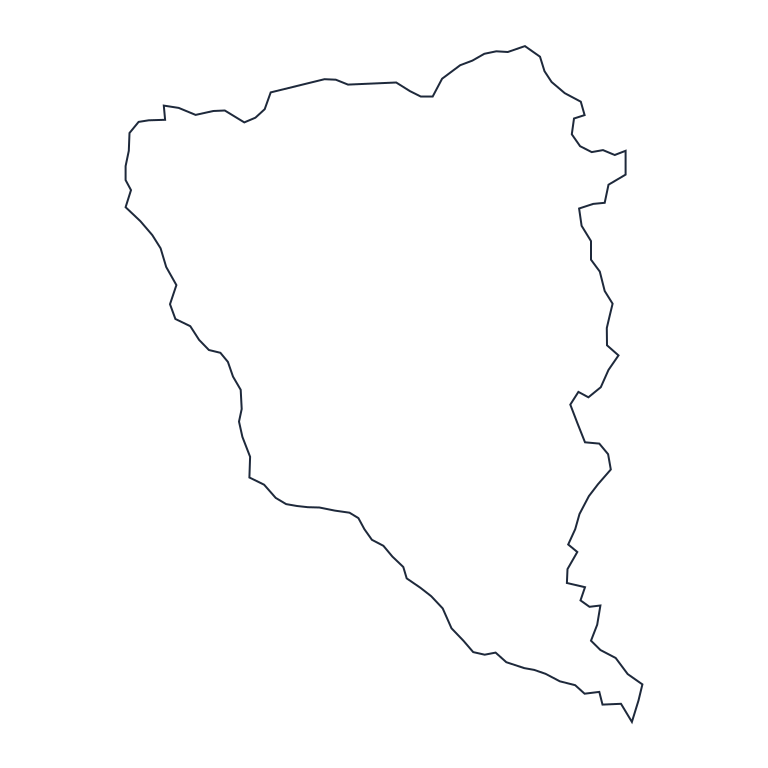 Guabiju, Rio Grande do Sul, Brazil (Natural Earth projection)
{"feature_id": "56859067B87020577713641", "entity_name": "Guabiju", "entity_type": "district", "adm_level": 2, "iso_a3": "BRA", "parent_name": "Brazil", "parent_adm1": "Rio Grande do Sul", "projection": "natural_earth1", "projection_center": [-51.652, -28.591], "detail": "fine", "context": "isolated", "style": "outline", "palette": "slate", "viewbox_px": 768, "rotation_deg": 0, "n_neighbors": 0, "source": "geoboundaries", "source_scale": "gbopen_adm2", "svg_char_len": 1824}
<svg xmlns="http://www.w3.org/2000/svg" viewBox="0 0 768 768"><path d="M625.6,150.8L614.7,155.0L603.0,150.1L591.7,152.1L580.1,146.2L571.8,134.3L574.0,118.5L584.6,115.1L580.8,101.7L564.8,93.2L551.6,82.0L544.5,71.2L540.0,56.7L524.9,46.1L507.8,52.0L496.3,51.3L484.3,53.8L472.4,60.6L460.2,65.2L442.1,78.7L432.7,96.5L420.7,96.5L409.9,91.1L396.2,82.5L348.0,84.6L335.8,79.7L324.5,79.2L270.7,92.4L264.7,109.2L255.4,117.7L244.3,122.4L224.8,110.5L213.3,111.0L195.6,114.9L178.7,107.9L163.8,105.6L165.1,119.8L148.7,120.3L138.6,121.9L129.5,133.0L128.8,150.8L125.6,166.1L125.6,180.1L131.0,190.1L125.6,207.2L140.4,221.2L152.3,235.1L160.6,248.3L166.2,267.0L176.4,285.1L170.0,304.2L175.4,319.0L190.3,326.2L199.1,339.9L208.9,350.0L220.4,352.8L227.9,361.9L233.0,376.6L240.7,389.8L241.7,409.0L239.0,421.6L242.4,436.9L250.1,456.8L249.4,477.5L264.1,484.7L275.7,497.9L286.1,504.1L297.0,506.0L307.9,507.2L319.4,507.5L334.8,510.6L349.5,512.7L358.4,518.1L364.4,529.2L371.9,539.8L383.4,545.8L392.4,556.6L403.3,567.0L406.7,578.4L420.3,587.7L431.2,596.2L442.7,608.4L451.5,628.3L463.4,640.7L473.2,652.1L484.7,654.7L495.6,652.6L506.3,662.2L524.2,668.1L534.2,669.9L545.5,673.8L559.8,681.3L575.2,685.2L584.6,693.7L599.3,691.9L602.5,704.6L621.0,703.8L631.9,721.9L638.5,700.5L642.4,684.4L627.7,674.1L615.7,658.0L600.4,650.0L591.0,640.7L597.2,624.7L600.4,605.5L589.5,606.8L580.5,600.4L585.0,587.2L566.9,583.0L567.5,569.1L577.3,552.0L568.2,544.5L575.2,529.2L579.5,514.0L588.9,496.1L598.0,484.2L610.8,469.5L608.1,454.2L599.3,443.6L585.0,442.3L577.3,422.9L570.3,404.6L578.4,391.9L588.4,397.3L600.8,387.2L608.5,369.9L618.5,355.4L607.0,345.3L606.8,328.0L609.6,316.1L612.6,303.7L604.7,291.0L599.8,271.6L591.0,259.7L591.0,241.1L581.6,225.8L579.1,208.5L593.2,203.9L604.7,202.8L608.5,184.7L625.6,174.6L625.6,150.8Z" fill="none" stroke="#1e293b" stroke-width="2"/></svg>